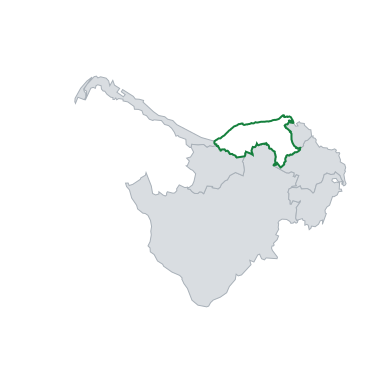 Peru highlighted among its neighbors, rotated 110°
{"feature_id": "PER", "entity_name": "Peru", "entity_type": "country or territory", "adm_level": 0, "iso_a3": "PER", "parent_name": "South America", "parent_adm1": "", "projection": "albers", "projection_center": [-73.974, -9.194], "detail": "fine", "context": "with_neighbors", "style": "outline", "palette": "green", "viewbox_px": 384, "rotation_deg": 110, "n_neighbors": 6, "source": "natural_earth", "source_scale": "50m", "svg_char_len": 11935}
<svg xmlns="http://www.w3.org/2000/svg" viewBox="0 0 384 384"><g transform="rotate(110 192 192)"><path d="M142.1,324.7L142.0,331.6L148.6,331.8L147.2,333.0L143.9,333.9L132.6,332.1L123.7,328.7L118.2,325.2L132.3,329.1L134.3,327.7L135.6,325.6L139.3,324.3L142.1,324.7ZM140.0,184.8L142.1,187.9L142.6,191.1L144.9,193.1L143.4,197.4L145.7,202.4L147.3,208.6L150.4,208.0L150.9,209.2L149.3,213.7L144.6,215.8L144.6,223.1L143.7,224.5L145.0,226.2L142.0,228.9L139.1,232.9L137.6,236.7L137.9,240.9L135.3,245.2L137.2,252.4L138.2,253.2L138.2,257.0L135.8,260.9L135.8,264.3L132.7,266.9L132.7,270.6L133.9,274.4L131.4,275.8L129.3,283.2L130.0,287.9L128.4,288.6L129.3,292.9L131.1,294.3L129.7,295.8L131.6,296.6L132.0,298.0L130.3,298.6L130.7,300.7L129.2,305.4L127.1,308.4L127.5,310.1L126.2,312.3L123.2,313.8L123.5,317.3L124.9,318.5L127.6,318.3L127.5,320.7L129.1,322.6L142.3,323.7L138.8,323.6L133.3,325.5L132.7,328.4L131.0,328.4L126.5,327.4L117.1,323.4L115.8,321.4L117.0,319.5L115.0,317.3L114.4,311.6L116.1,308.3L120.3,305.6L114.2,304.6L118.1,301.4L119.4,295.4L123.9,296.7L126.0,289.1L123.3,288.1L122.0,292.7L119.5,292.2L122.2,279.8L124.0,277.1L122.9,273.3L122.5,268.8L124.3,268.7L129.7,255.7L131.5,249.5L130.6,243.3L131.9,239.8L131.4,234.5L133.9,229.3L137.6,201.9L136.6,188.2L138.8,187.1L140.0,184.8Z" fill="#d9dde1" stroke="#a8b0b8" stroke-width="1"/><path d="M206.4,257.5L205.4,255.1L207.4,253.3L205.1,250.3L197.8,244.9L196.2,244.9L192.2,241.5L189.5,241.8L200.3,232.3L206.9,228.5L207.2,225.1L205.2,222.5L203.1,223.2L204.8,218.1L204.9,215.7L203.4,214.8L201.8,215.5L200.2,215.2L199.6,209.4L198.8,208.0L196.0,206.7L194.2,207.5L189.7,206.4L190.3,200.4L189.1,197.8L190.5,197.0L190.2,194.4L191.5,192.5L192.4,189.0L191.5,186.1L189.2,184.8L188.8,183.0L189.6,180.4L181.2,179.9L179.7,174.5L181.0,174.5L180.1,168.5L177.6,167.1L174.9,167.1L170.1,164.7L168.5,162.9L163.5,162.0L158.8,157.8L159.3,149.6L153.5,150.3L147.2,153.7L146.2,155.1L140.6,154.7L138.1,155.5L136.1,154.9L136.5,148.0L132.8,150.6L128.9,150.5L127.2,148.1L124.3,147.8L125.2,145.8L122.7,143.0L120.9,138.9L122.1,138.1L122.1,136.2L124.8,134.9L124.3,132.4L125.5,130.8L125.8,128.7L131.0,125.6L135.3,124.1L139.4,124.4L141.7,110.0L141.0,107.4L139.0,105.7L139.1,102.5L141.6,101.7L142.5,102.2L142.7,100.5L140.0,100.0L140.0,97.2L149.0,97.4L150.5,95.9L152.6,100.0L153.5,99.5L156.0,101.9L159.5,101.7L160.4,100.3L165.8,98.7L166.4,96.8L169.7,95.6L169.5,94.7L165.6,94.2L165.3,88.4L163.2,87.2L164.1,86.8L171.2,88.7L172.5,87.7L181.1,85.6L182.8,84.0L182.3,82.7L184.7,82.6L185.7,83.6L185.0,85.6L186.6,86.3L187.6,88.4L186.2,89.9L185.4,93.7L186.7,98.1L189.4,100.3L191.7,100.6L192.2,99.7L195.8,98.9L197.3,97.8L203.5,98.7L203.7,95.6L207.7,95.7L212.3,97.9L213.8,96.7L214.8,97.0L215.3,98.3L217.5,98.1L219.4,96.5L224.0,89.4L225.6,89.3L228.6,99.8L231.0,100.7L230.9,103.8L227.3,107.2L228.6,108.7L236.6,109.9L236.4,114.4L240.1,111.7L253.0,117.1L255.0,119.9L254.1,122.4L259.5,121.4L268.0,124.6L274.8,125.0L281.1,129.4L286.3,135.1L289.6,136.7L293.5,137.3L294.9,138.9L296.3,147.7L293.7,155.0L284.2,163.3L280.9,168.2L277.3,171.8L276.2,171.8L274.6,175.0L274.1,183.5L271.5,193.2L269.9,194.9L268.6,200.8L263.7,206.2L262.5,210.7L258.9,212.3L257.7,214.9L253.0,214.4L246.2,215.6L243.0,217.3L238.2,218.2L232.9,221.3L229.0,225.4L228.2,228.6L228.7,231.0L226.5,237.3L223.4,239.5L218.3,246.6L211.4,251.5L209.3,255.3L206.4,257.5Z" fill="#d9dde1" stroke="#a8b0b8" stroke-width="1"/><path d="M140.6,154.7L146.2,155.1L147.2,153.7L153.5,150.3L159.3,149.6L158.8,157.8L163.5,162.0L168.5,162.9L170.1,164.7L174.9,167.1L177.6,167.1L180.1,168.5L181.0,174.5L179.7,174.5L181.2,179.9L189.6,180.4L188.8,183.0L189.2,184.8L191.5,186.1L192.4,189.0L191.5,192.5L190.2,194.4L190.5,197.0L189.1,197.8L189.1,196.5L185.2,194.0L181.2,193.8L173.6,194.8L171.4,198.7L171.2,201.1L169.4,206.4L168.7,205.4L163.8,205.1L162.0,208.6L159.6,205.3L154.0,204.1L150.4,208.0L147.3,208.6L145.7,202.4L143.4,197.4L144.9,193.1L142.6,191.1L142.1,187.9L140.0,184.8L142.8,180.0L141.0,176.1L142.0,174.6L141.2,172.9L143.0,170.7L143.4,163.6L144.4,162.1L140.6,154.7Z" fill="#d9dde1" stroke="#a8b0b8" stroke-width="1"/><path d="M153.5,99.5L152.6,100.0L150.5,95.9L149.0,97.4L140.0,97.2L140.0,100.0L142.7,100.5L142.5,102.2L141.6,101.7L139.1,102.5L139.0,105.7L141.0,107.4L141.7,110.0L139.4,124.4L137.1,121.9L135.8,121.8L138.7,117.2L135.3,115.0L132.6,115.4L130.9,114.6L128.4,115.8L125.0,115.2L122.4,110.5L115.8,105.1L114.6,105.5L110.3,103.0L109.0,103.7L105.2,103.1L104.0,101.2L98.6,98.7L97.9,97.3L99.6,97.0L99.4,94.8L100.5,93.1L102.7,92.8L106.4,87.6L104.7,86.6L105.5,84.0L104.4,80.0L105.4,78.8L104.7,75.1L102.7,72.7L103.3,70.6L104.8,70.9L105.7,69.6L104.6,67.0L105.1,66.4L107.6,66.5L111.0,63.5L113.0,63.0L113.9,57.9L116.6,55.9L119.5,55.8L119.9,54.9L123.6,55.3L129.1,52.2L131.4,50.1L133.1,50.4L134.3,51.5L133.4,53.0L130.4,53.7L129.2,55.8L126.0,58.6L124.1,64.2L126.5,64.5L128.1,67.5L128.1,71.8L129.2,72.2L130.3,73.7L136.3,73.3L139.0,73.9L142.2,77.7L150.1,77.1L151.7,77.9L149.8,81.7L149.4,84.9L151.7,90.2L149.3,92.4L152.2,95.0L153.5,99.5Z" fill="#d9dde1" stroke="#a8b0b8" stroke-width="1"/><path d="M179.3,79.2L182.8,84.0L181.1,85.6L172.5,87.7L171.2,88.7L164.1,86.8L163.2,87.2L165.3,88.4L165.6,94.2L169.5,94.7L169.7,95.6L166.4,96.8L165.8,98.7L160.4,100.3L159.5,101.7L156.0,101.9L153.5,99.5L152.2,95.0L149.3,92.4L151.7,90.2L149.4,84.9L149.8,81.7L151.7,77.9L150.1,77.1L142.2,77.7L139.0,73.9L136.3,73.3L130.3,73.7L129.2,72.2L128.1,71.8L128.1,67.5L126.5,64.5L124.1,64.2L126.0,58.6L129.2,55.8L130.4,53.7L133.4,53.0L133.3,54.0L130.5,54.5L132.0,56.4L131.9,58.7L129.9,61.2L131.6,64.6L133.6,64.4L134.7,61.2L133.3,59.7L133.0,56.4L138.9,54.7L138.3,52.7L140.0,51.4L141.6,54.4L144.9,54.5L147.9,57.0L148.1,58.4L157.3,58.2L160.0,60.1L163.6,60.8L166.2,59.5L166.3,58.4L177.8,58.4L173.7,59.6L175.3,61.7L179.0,62.1L182.5,64.4L183.1,67.9L185.5,67.9L187.3,69.0L183.5,71.4L183.1,73.0L184.6,74.6L180.5,76.0L180.6,78.1L179.3,79.2Z" fill="#d9dde1" stroke="#a8b0b8" stroke-width="1"/><path d="M114.6,105.5L115.2,108.9L113.8,111.9L108.9,116.6L103.4,118.5L100.7,122.4L99.9,125.5L97.4,127.4L95.4,125.2L91.8,125.1L91.6,123.4L92.9,122.3L92.3,120.4L94.7,117.0L93.6,115.0L91.9,117.2L89.2,115.2L90.1,114.0L89.2,109.9L90.8,109.2L93.3,103.4L92.9,101.6L98.6,98.7L104.0,101.2L105.2,103.1L109.0,103.7L110.3,103.0L114.6,105.5Z" fill="#d9dde1" stroke="#a8b0b8" stroke-width="1"/><path d="M139.0,124.1L139.0,124.4L138.9,124.5L138.6,124.5L138.3,124.3L138.1,124.3L137.8,124.3L137.5,124.1L137.3,123.9L137.1,123.7L136.5,123.7L136.0,123.7L135.6,123.7L135.3,123.7L135.0,124.0L134.7,124.3L134.5,124.5L133.7,124.7L133.3,124.7L132.9,124.9L132.4,124.9L132.0,125.1L130.5,125.2L129.9,125.5L129.5,125.8L128.7,126.3L128.3,126.5L127.7,127.0L127.1,127.5L126.7,127.8L126.1,127.9L125.8,128.0L125.7,128.2L125.8,128.3L125.5,129.7L125.4,130.3L125.0,131.0L124.6,131.7L124.4,132.1L124.3,132.4L124.4,132.7L124.7,133.6L124.7,133.8L124.7,134.1L124.5,134.4L124.2,134.6L123.9,134.6L123.1,135.1L122.2,135.8L121.9,136.1L121.7,136.9L121.8,137.2L121.9,137.3L122.1,137.7L122.1,138.0L121.9,138.1L121.5,138.1L121.3,138.3L121.1,138.2L121.0,138.3L121.0,138.6L121.0,138.9L120.8,139.1L121.3,139.5L121.6,139.9L121.9,140.0L122.1,140.1L122.1,140.3L122.0,140.5L121.8,140.6L121.8,140.8L122.2,141.2L122.4,141.4L122.6,141.8L122.6,142.0L122.7,142.3L122.8,142.5L123.5,143.2L123.7,143.3L123.7,143.5L123.9,144.1L124.4,144.4L125.4,145.6L125.4,146.2L124.3,147.6L125.2,147.5L126.1,147.6L127.0,147.7L127.7,147.9L128.0,148.0L128.3,148.2L128.5,148.8L128.6,149.2L128.9,149.5L128.9,150.3L131.5,150.3L132.6,150.2L133.1,150.1L133.6,149.6L134.0,149.5L134.3,149.2L134.7,148.8L135.0,148.6L135.2,148.3L135.6,148.1L135.8,147.9L136.2,147.7L136.1,148.0L136.0,148.6L136.1,149.0L135.8,149.5L135.7,154.9L135.9,154.8L136.2,154.6L136.5,155.0L136.8,155.1L137.0,155.2L137.3,155.2L137.6,155.1L138.3,154.8L138.7,154.6L139.3,154.6L140.0,154.7L140.4,154.7L144.3,161.8L143.9,162.3L143.9,162.7L143.7,162.8L143.4,163.0L143.2,163.3L143.0,163.5L142.9,165.8L142.9,166.3L142.7,166.8L142.5,167.2L142.7,167.6L142.9,168.5L143.1,168.7L143.3,169.0L143.3,169.4L143.3,169.5L142.9,169.7L142.8,169.8L142.7,170.3L142.5,170.5L142.2,170.7L141.9,171.2L141.7,171.3L141.5,172.0L141.2,172.2L141.1,172.6L141.1,173.0L141.3,173.3L141.9,174.0L142.0,174.2L141.6,174.6L141.4,174.9L140.9,175.9L140.8,176.0L141.0,176.5L141.7,178.3L141.8,178.5L142.1,178.7L142.4,178.7L143.0,178.9L143.3,179.1L143.3,179.3L142.6,179.6L142.5,179.8L142.5,180.1L142.5,180.6L142.4,180.7L142.0,180.9L141.7,181.2L141.4,181.6L140.9,182.2L140.8,182.4L140.7,182.6L140.4,182.7L139.9,183.1L139.8,183.3L139.9,183.5L140.1,183.7L140.3,183.9L140.3,184.3L140.3,184.5L140.0,184.8L139.6,185.1L139.1,185.2L138.9,185.3L138.9,185.7L139.1,186.2L139.1,186.6L138.9,187.1L138.5,187.6L137.9,187.9L137.4,188.1L137.0,188.1L136.5,188.2L136.4,188.2L136.1,187.9L134.6,186.9L134.1,186.3L133.6,186.1L132.4,185.2L132.3,184.9L132.1,184.0L132.0,183.8L131.6,183.4L130.5,183.0L130.1,182.8L129.7,182.4L129.1,182.1L128.4,181.5L128.0,181.1L127.5,180.8L126.1,180.3L125.4,179.9L124.0,179.3L123.4,178.9L122.0,178.4L121.6,178.2L120.2,177.1L119.2,176.8L118.4,176.2L116.0,174.9L115.6,174.5L115.2,173.8L114.7,173.4L114.1,172.6L113.2,172.0L112.3,171.4L112.0,170.7L111.5,169.9L111.3,169.5L110.8,169.1L110.7,168.3L110.4,167.9L110.6,167.7L110.9,167.6L111.2,166.3L111.0,165.6L110.1,164.4L109.8,163.9L109.6,163.1L109.2,162.7L108.7,161.8L108.3,161.0L107.6,160.4L107.4,160.2L107.3,159.9L106.9,159.7L106.9,159.1L106.6,157.9L106.2,157.3L104.7,156.2L104.7,155.8L104.6,155.0L104.3,154.1L102.6,151.5L102.2,150.7L101.8,149.5L101.5,148.8L101.0,147.5L100.4,146.5L100.0,145.7L99.6,144.6L99.6,144.1L98.8,143.1L98.4,142.2L97.8,141.5L97.1,140.9L96.8,140.5L95.8,138.7L95.7,138.1L95.0,137.1L94.4,136.3L93.9,135.7L93.4,135.2L90.2,133.6L89.1,132.9L88.7,132.6L88.6,132.1L88.6,131.7L88.9,131.5L89.4,131.7L89.7,131.6L89.9,131.2L89.9,130.6L89.6,129.9L88.5,128.5L88.6,128.2L88.8,127.9L88.4,127.2L88.0,126.7L87.7,126.3L87.9,124.7L88.2,124.3L89.7,122.7L90.1,122.0L90.7,121.5L91.4,120.9L92.2,120.4L92.4,120.5L92.5,120.8L92.6,121.0L92.7,121.4L92.7,121.8L92.7,122.0L92.9,122.6L92.5,122.9L92.3,123.2L92.1,123.2L91.7,123.1L91.4,123.5L91.5,123.7L91.5,123.9L91.7,124.1L92.1,124.1L91.5,124.9L91.6,125.1L91.8,125.3L92.0,125.3L92.4,125.0L92.8,124.5L93.1,124.5L93.5,124.6L93.9,124.9L94.4,125.1L94.7,125.3L95.4,125.2L95.9,125.5L96.0,126.1L96.2,126.6L96.8,127.3L97.1,127.4L97.5,127.4L98.0,127.6L98.4,127.0L98.7,126.9L98.6,126.5L98.7,126.3L98.9,126.1L99.7,125.6L99.8,125.1L99.7,124.8L99.7,124.5L100.0,123.7L100.3,123.0L100.4,122.8L100.6,122.3L100.8,122.0L100.8,121.7L100.9,121.2L101.2,120.4L101.3,120.2L101.4,120.3L101.6,120.4L101.6,120.6L101.8,120.7L102.0,120.6L102.0,120.4L101.9,120.3L101.8,120.2L103.0,118.7L103.3,118.4L105.6,117.6L108.7,116.4L111.3,114.5L113.4,112.1L113.7,111.7L114.4,109.0L114.7,109.2L115.0,109.2L115.0,108.0L115.0,107.7L115.1,107.3L114.8,107.1L114.3,106.6L114.1,106.3L114.0,105.9L113.4,105.5L113.4,105.4L113.6,105.4L114.1,105.5L114.7,105.4L115.0,105.3L115.2,105.0L115.4,105.0L115.6,105.0L116.2,105.5L116.5,105.6L116.8,105.7L117.0,105.7L117.4,106.1L117.7,106.3L118.0,106.5L118.7,107.1L118.9,107.4L119.1,107.9L119.2,108.2L119.3,108.4L119.3,108.6L119.5,109.0L120.0,109.3L120.6,109.4L120.9,109.7L121.2,109.9L121.4,110.2L121.7,110.3L122.0,110.3L122.4,110.4L122.6,110.7L122.8,111.1L123.0,111.3L123.1,111.7L123.0,112.2L123.1,112.4L123.4,112.6L123.8,112.8L124.2,112.8L124.4,112.9L124.5,113.1L124.8,114.2L124.6,114.5L124.6,114.8L124.7,115.1L125.4,115.4L125.6,115.6L125.9,115.7L126.2,115.7L126.7,115.6L126.9,115.5L127.1,115.4L128.1,115.8L128.5,115.7L128.9,115.7L129.3,115.6L129.7,115.3L130.0,115.3L130.2,115.2L130.8,114.6L131.0,114.5L131.9,114.9L132.2,115.1L132.4,115.2L132.6,115.4L133.1,115.4L133.6,115.3L133.9,115.0L134.6,114.8L134.8,114.9L135.8,115.4L136.0,115.7L136.4,115.8L136.6,115.9L137.1,116.1L137.3,116.3L137.6,116.4L137.9,116.7L138.2,116.8L138.5,116.9L138.7,117.1L138.6,117.3L135.6,122.0L136.5,122.4L137.0,122.3L137.2,122.2L137.4,122.1L137.8,122.4L138.0,123.0L138.5,123.4L138.8,123.7L139.0,124.1Z" fill="none" stroke="#15803d" stroke-width="2"/></g></svg>